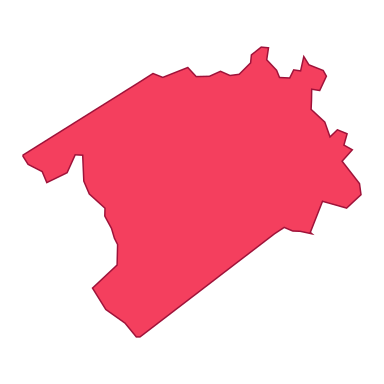 Darlington, South Carolina, United States of America
{"feature_id": "52423323B78464360666079", "entity_name": "Darlington", "entity_type": "district", "adm_level": 2, "iso_a3": "USA", "parent_name": "United States of America", "parent_adm1": "South Carolina", "projection": "albers", "projection_center": [-79.93, 34.31], "detail": "fine", "context": "isolated", "style": "filled", "palette": "rose", "viewbox_px": 384, "rotation_deg": 0, "n_neighbors": 0, "source": "geoboundaries", "source_scale": "gbopen_adm2", "svg_char_len": 970}
<svg xmlns="http://www.w3.org/2000/svg" viewBox="0 0 384 384"><path d="M23.1,155.0L23.0,156.3L28.1,164.4L42.2,171.6L46.8,182.6L67.1,172.7L75.2,154.8L82.7,155.2L83.8,181.1L89.3,194.0L105.0,208.2L104.8,216.0L105.5,217.4L111.5,228.4L114.4,238.2L117.6,244.5L117.1,265.0L92.5,288.1L105.8,309.5L125.0,323.1L136.3,336.9L140.0,336.9L191.4,297.5L198.2,292.3L223.7,272.7L236.5,262.9L264.7,241.3L274.6,233.7L284.2,227.4L292.7,231.0L300.2,231.3L311.9,233.8L310.3,232.4L322.5,201.3L346.6,208.1L361.0,194.7L359.5,183.6L342.1,161.2L352.3,149.8L343.9,145.1L347.1,133.8L337.4,129.8L330.0,136.9L324.8,122.1L311.1,109.4L311.5,100.5L311.7,89.2L319.7,90.5L326.4,76.2L323.2,70.5L308.9,64.8L303.8,56.6L300.6,70.9L293.7,69.9L289.7,78.0L279.5,77.5L276.6,70.3L266.7,59.8L268.5,47.8L261.2,47.1L251.4,54.9L250.6,62.9L239.2,74.3L230.0,75.5L220.5,71.3L209.4,76.3L196.2,76.6L187.8,67.5L162.8,77.4L153.0,73.5L136.8,83.8L95.1,109.9L23.1,155.0Z" fill="#f43f5e" stroke="#9f1239" stroke-width="1.5"/></svg>